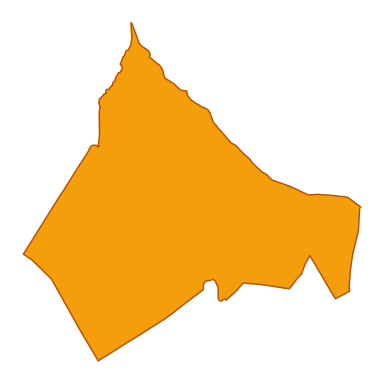 Deir-ez-Zor, Dayr Az Zawr, Syria (Equal Earth projection)
{"feature_id": "27442178B9541206135539", "entity_name": "Deir-ez-Zor", "entity_type": "district", "adm_level": 2, "iso_a3": "SYR", "parent_name": "Syria", "parent_adm1": "Dayr Az Zawr", "projection": "equal_earth", "projection_center": [40.368, 35.564], "detail": "fine", "context": "isolated", "style": "filled", "palette": "amber", "viewbox_px": 384, "rotation_deg": 0, "n_neighbors": 0, "source": "geoboundaries", "source_scale": "gbopen_adm2", "svg_char_len": 3948}
<svg xmlns="http://www.w3.org/2000/svg" viewBox="0 0 384 384"><path d="M98.3,361.0L99.9,359.8L103.5,357.5L115.7,349.9L121.2,346.3L136.3,337.0L140.8,334.1L156.4,324.3L166.7,317.6L172.7,313.2L182.5,305.4L195.6,295.5L200.1,292.2L203.3,289.7L203.5,288.8L203.4,287.8L203.5,284.2L205.7,281.2L210.1,280.4L213.1,279.4L215.4,281.1L215.5,281.4L215.5,281.5L215.6,281.9L215.7,282.0L215.8,282.3L215.9,282.6L216.0,282.7L216.0,282.9L216.0,283.0L216.2,283.3L216.3,283.5L216.4,283.8L216.5,283.9L216.5,284.1L216.6,284.3L216.7,284.5L216.8,284.7L216.9,284.8L217.0,285.0L217.2,285.3L217.2,285.5L217.3,285.6L217.4,285.8L217.5,285.9L217.6,286.1L217.7,286.3L217.8,286.5L217.9,286.8L217.9,287.0L218.0,287.1L218.0,287.3L218.0,287.5L218.1,287.8L218.2,295.1L218.3,298.5L218.3,298.8L218.4,299.0L218.5,299.2L218.5,299.3L218.6,299.5L218.8,299.8L218.9,300.0L219.0,300.0L219.2,300.3L219.3,300.3L219.5,300.5L219.8,300.7L220.0,300.8L220.3,300.9L220.5,300.9L220.7,301.0L220.8,301.0L221.0,301.0L221.3,301.0L221.4,300.9L221.5,300.9L221.8,300.8L222.0,300.8L222.1,300.7L222.3,300.6L222.5,300.5L222.5,300.4L222.7,300.2L222.8,300.1L222.9,299.9L223.0,299.8L223.0,299.7L223.3,299.5L223.4,299.4L223.5,299.3L223.7,299.2L223.8,299.2L224.0,299.1L224.3,299.0L224.5,299.0L224.8,299.0L225.0,299.1L225.3,299.2L225.4,299.3L225.5,299.4L225.6,299.5L225.8,299.6L225.9,299.8L226.0,299.8L226.1,300.0L235.0,292.3L243.3,283.0L245.5,283.1L248.1,283.5L249.6,283.6L252.6,283.8L257.3,284.1L265.6,285.2L275.6,286.7L284.3,288.1L289.4,288.7L291.1,286.5L292.5,284.9L295.3,281.0L297.6,278.1L299.8,275.7L301.8,273.6L302.0,272.7L302.5,271.2L302.8,270.3L303.6,268.2L304.6,265.7L305.2,263.9L305.8,262.7L306.7,261.4L307.6,259.8L308.2,258.5L309.1,257.2L309.5,255.5L309.8,255.7L313.6,261.9L320.6,273.8L327.6,285.8L329.9,289.7L335.4,298.8L338.5,297.1L344.7,293.9L349.5,291.2L349.2,286.0L350.4,270.2L350.9,266.6L351.7,260.6L353.0,253.3L353.1,252.4L354.3,247.5L357.6,234.1L358.4,230.7L358.6,227.3L359.5,210.9L359.6,208.6L360.6,206.9L358.8,205.6L347.5,197.2L337.4,196.0L331.1,195.3L325.0,194.9L317.2,194.3L314.9,194.6L308.2,194.8L301.1,191.6L297.3,189.8L290.1,186.4L281.4,183.3L279.6,182.7L274.7,180.9L272.1,180.0L270.9,178.8L269.3,177.6L268.6,176.4L267.3,175.0L264.6,173.4L262.4,172.2L257.1,167.6L255.2,165.5L253.4,163.9L252.6,163.1L250.0,159.4L243.4,153.5L239.3,149.3L237.9,147.7L236.8,146.3L234.7,144.9L232.5,143.6L230.7,142.6L228.3,139.5L226.5,137.6L223.2,133.7L221.8,132.0L218.2,128.2L217.0,126.3L216.7,126.4L214.8,123.9L213.1,121.8L212.3,119.1L211.3,117.1L210.9,115.6L210.1,113.1L208.2,110.0L205.2,108.1L201.3,106.8L199.9,105.6L196.7,103.7L195.3,103.0L192.5,100.9L191.0,99.9L189.4,97.9L187.6,95.5L186.9,91.8L186.7,91.0L183.1,90.5L181.2,90.3L178.9,88.5L175.4,85.3L173.6,83.5L171.6,82.3L168.6,80.4L166.0,78.9L164.6,77.8L163.4,73.2L162.8,70.6L160.9,66.9L159.3,65.0L157.4,63.7L153.9,60.7L151.9,58.9L149.4,57.0L150.2,54.7L148.7,51.0L146.7,49.5L141.1,45.7L139.2,43.2L131.9,23.6L131.1,23.0L131.3,29.9L131.8,38.0L131.2,42.0L130.9,43.3L131.1,44.4L130.4,45.4L130.1,46.7L129.3,47.7L128.7,49.7L127.7,50.3L126.9,50.3L126.0,51.0L124.4,55.6L122.5,57.5L122.5,59.0L121.3,61.2L121.2,62.1L120.3,63.8L120.6,64.7L121.2,64.7L121.5,66.5L122.0,66.9L122.6,68.0L121.8,69.0L121.7,70.5L121.1,70.6L120.0,72.4L118.3,72.8L117.1,75.5L115.4,77.8L115.6,78.7L115.0,79.9L114.6,81.2L112.9,82.8L112.2,85.7L111.5,85.8L111.1,86.6L110.1,87.3L109.7,87.9L109.5,88.8L108.8,89.2L107.6,89.4L106.6,89.5L105.9,90.8L105.7,92.2L106.0,93.1L104.6,94.1L103.4,94.5L102.9,96.0L101.8,96.7L101.2,97.8L99.5,98.9L98.7,103.3L100.2,106.4L99.2,111.8L99.5,134.5L98.4,145.3L98.9,145.6L98.9,146.6L97.9,147.0L96.3,145.2L91.9,145.4L90.8,146.6L89.4,148.4L89.0,150.4L88.2,151.5L86.0,155.1L84.7,157.1L82.2,161.0L79.2,165.4L63.3,190.8L61.0,194.0L27.3,247.9L23.4,254.1L32.0,260.0L33.7,261.6L41.6,269.3L43.9,271.6L46.9,274.6L48.1,275.8L51.6,279.3L60.0,294.2L67.9,308.4L71.1,314.1L72.6,316.9L75.6,322.2L77.7,326.0L81.7,332.9L98.3,361.0Z" fill="#f59e0b" stroke="#b45309" stroke-width="1.5"/></svg>